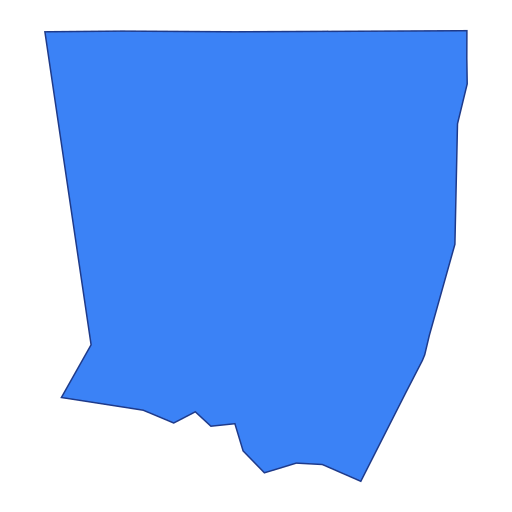 Warren, North Carolina, United States of America (Equal Earth projection)
{"feature_id": "52423323B14296787713089", "entity_name": "Warren", "entity_type": "district", "adm_level": 2, "iso_a3": "USA", "parent_name": "United States of America", "parent_adm1": "North Carolina", "projection": "equal_earth", "projection_center": [-78.081, 36.374], "detail": "fine", "context": "isolated", "style": "filled", "palette": "blue", "viewbox_px": 512, "rotation_deg": 0, "n_neighbors": 0, "source": "geoboundaries", "source_scale": "gbopen_adm2", "svg_char_len": 488}
<svg xmlns="http://www.w3.org/2000/svg" viewBox="0 0 512 512"><path d="M321.2,31.4L234.9,31.8L234.5,31.8L122.9,31.1L121.7,31.1L44.9,31.8L91.1,344.8L61.4,397.5L143.2,410.2L173.7,423.0L195.3,411.8L210.9,426.2L234.9,423.7L243.1,450.9L264.4,472.8L296.3,463.1L322.3,464.5L360.8,481.3L405.7,392.8L422.4,360.4L424.7,354.8L429.4,335.1L454.9,244.3L457.5,123.8L467.2,83.9L466.9,63.7L466.8,58.4L466.9,30.7L328.4,31.4L328.0,31.3L321.2,31.4Z" fill="#3b82f6" stroke="#1e3a8a" stroke-width="1.5"/></svg>